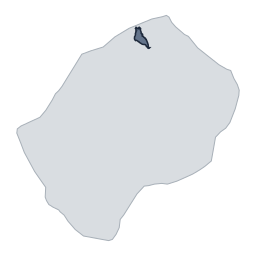 Tsa-le-Moleka, Butha-Buthe, Lesotho (highlighted)
{"feature_id": "5366337B25108724147301", "entity_name": "Tsa-le-Moleka", "entity_type": "district", "adm_level": 2, "iso_a3": "LSO", "parent_name": "Lesotho", "parent_adm1": "Butha-Buthe", "projection": "mercator", "projection_center": [28.369, -28.789], "detail": "fine", "context": "in_parent", "style": "filled", "palette": "slate", "viewbox_px": 256, "rotation_deg": 0, "n_neighbors": 0, "source": "geoboundaries", "source_scale": "gbopen_adm2", "svg_char_len": 4039}
<svg xmlns="http://www.w3.org/2000/svg" viewBox="0 0 256 256"><path d="M177.0,181.1L168.5,183.8L167.3,184.1L161.8,183.4L154.5,184.1L148.7,185.6L144.2,186.1L137.0,193.9L123.7,215.0L120.2,219.4L119.2,227.7L116.1,234.3L112.4,239.4L108.7,240.6L97.6,238.6L83.5,236.0L75.3,229.6L68.0,221.2L64.1,215.1L60.1,211.8L58.7,209.9L52.9,207.1L50.8,205.7L48.9,204.6L46.5,200.6L45.2,197.1L45.7,187.3L41.6,181.5L34.7,171.6L30.3,163.5L24.3,152.4L20.7,142.9L16.8,133.1L17.3,128.9L21.0,126.0L31.6,121.1L39.9,117.3L45.8,110.3L52.3,99.9L55.5,93.7L58.6,90.8L62.0,86.4L68.0,76.6L74.7,65.8L81.8,54.2L90.9,50.8L103.2,47.0L115.0,36.8L129.1,28.3L151.8,19.0L162.4,16.7L166.4,15.4L169.0,17.1L171.7,22.4L175.6,26.8L184.5,34.5L188.4,36.4L197.6,47.8L207.5,55.7L218.9,64.7L226.7,69.2L230.7,70.5L233.9,78.5L237.3,84.5L239.2,90.1L238.8,95.5L235.2,108.9L229.9,122.5L225.7,128.2L220.6,131.8L215.5,137.2L213.6,148.1L211.3,161.0L204.8,166.4L199.7,169.9L192.6,174.1L177.0,181.1Z" fill="#d9dde1" stroke="#a8b0b8" stroke-width="1"/><path d="M149.7,47.7L149.3,47.7L149.2,47.6L148.9,47.6L148.7,47.4L148.6,47.2L148.2,46.9L148.2,46.7L148.3,46.5L148.3,46.3L148.3,46.2L148.3,45.9L148.2,45.8L148.2,45.7L148.2,45.4L148.2,45.2L148.1,44.9L148.1,44.5L148.0,44.4L148.1,44.2L147.9,43.9L147.8,43.7L147.7,43.4L147.6,43.2L147.5,42.9L147.5,42.5L147.4,42.4L147.3,42.2L147.2,42.0L147.2,41.9L147.1,41.7L147.0,41.4L146.9,41.3L146.9,41.2L146.8,40.9L146.7,40.7L146.6,40.4L146.4,40.2L146.3,39.8L146.3,39.7L146.2,39.7L146.1,39.4L145.8,39.3L145.8,39.2L145.7,39.2L145.6,38.9L145.4,38.7L145.4,38.4L145.2,38.3L145.0,38.2L144.8,38.1L144.8,37.9L144.7,37.9L144.7,37.7L144.4,37.6L144.0,37.4L143.8,37.3L143.8,37.2L143.7,36.9L143.6,36.7L143.4,36.6L143.2,36.5L142.8,36.3L142.7,36.3L142.4,36.3L142.3,36.2L142.5,35.9L142.6,35.7L142.7,35.4L142.6,35.2L142.4,35.1L142.2,35.0L142.3,34.9L142.3,34.7L142.2,34.6L142.2,34.4L142.3,34.4L142.5,34.2L142.4,34.1L142.2,34.1L141.9,34.1L141.7,33.9L141.7,33.6L141.3,33.6L141.2,33.5L141.1,33.2L141.1,32.9L141.2,32.4L141.0,31.9L141.0,31.6L140.9,31.5L140.9,31.2L140.6,30.8L140.5,30.6L140.5,30.4L140.5,30.2L140.5,29.8L140.5,29.7L140.4,29.3L140.5,29.2L140.5,28.9L140.4,28.7L140.5,28.6L140.4,28.4L140.2,28.5L140.1,28.4L140.3,28.3L140.2,28.2L139.8,28.1L139.7,28.1L139.7,27.8L139.7,27.7L139.4,27.6L139.1,27.7L139.0,27.8L138.9,27.9L138.9,28.0L138.8,27.9L138.7,27.8L138.7,27.7L138.6,27.8L138.5,28.1L138.4,28.1L138.2,28.1L137.9,28.2L137.9,28.3L138.0,28.3L138.1,28.5L138.3,28.6L138.3,28.8L138.2,28.8L138.0,28.7L137.8,28.6L137.4,28.6L137.3,28.4L137.1,28.2L136.9,28.2L136.8,28.3L136.7,28.2L136.6,28.3L136.5,28.2L136.4,28.2L136.4,27.9L136.5,27.8L136.5,27.7L136.4,27.7L136.2,27.5L136.0,27.3L135.9,27.4L135.9,27.5L135.9,27.8L135.9,28.0L135.8,28.4L135.8,28.5L135.7,28.5L135.7,28.4L135.5,28.5L135.7,28.8L135.8,28.8L135.8,29.0L135.9,29.3L135.9,29.5L136.0,29.8L136.0,30.0L136.0,30.3L136.0,30.5L135.9,30.7L135.9,30.8L135.9,31.0L135.9,31.3L136.0,31.3L135.9,31.4L135.9,31.5L135.9,31.8L135.9,32.0L135.8,32.4L135.8,32.5L135.7,32.5L135.6,32.9L135.6,33.1L135.5,33.3L135.4,33.4L135.4,33.6L135.4,33.8L135.4,34.0L135.4,34.3L135.4,34.5L135.5,34.6L135.4,34.8L135.4,35.0L135.3,35.4L135.3,35.5L135.2,35.7L135.2,35.8L135.1,36.0L134.9,36.2L134.8,36.4L134.7,36.5L134.5,36.9L134.5,37.1L134.6,37.3L134.5,37.5L134.5,38.0L134.4,38.2L134.5,38.4L134.5,38.6L134.6,38.8L134.6,39.2L134.6,39.4L134.8,39.7L134.9,39.9L135.0,40.0L135.0,39.9L135.1,40.0L135.3,40.1L135.5,40.2L135.6,40.3L135.8,40.3L136.2,40.3L136.3,40.4L136.5,40.4L136.7,40.5L137.0,40.6L137.3,40.8L137.5,40.9L137.6,41.0L137.8,41.1L138.1,41.5L138.3,41.6L138.5,41.6L138.6,41.8L138.8,41.9L139.1,42.1L139.3,42.1L139.4,42.4L139.5,42.5L139.8,42.6L140.1,42.9L140.4,43.1L140.5,43.1L140.7,43.3L140.9,43.3L141.2,43.5L141.7,43.9L142.0,44.1L142.4,44.3L142.5,44.3L142.8,44.3L143.6,44.5L144.3,44.4L144.9,44.7L145.5,44.7L145.8,45.2L146.1,45.4L146.1,45.6L146.2,46.1L146.4,46.5L146.5,46.6L146.8,46.8L147.1,46.8L147.1,47.0L147.3,47.1L147.6,47.4L147.8,48.0L148.3,48.3L148.4,48.2L148.6,48.1L149.1,48.2L149.3,48.2L149.5,47.9L149.7,47.7Z" fill="#64748b" stroke="#1e293b" stroke-width="1.5"/></svg>